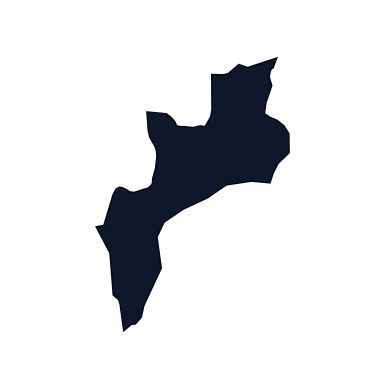 outline of Litija, rotated 286°
{"feature_id": "SVN-961", "entity_name": "Litija", "entity_type": "Municipality", "adm_level": 1, "iso_a3": "SVN", "parent_name": "Slovenia", "parent_adm1": "", "projection": "natural_earth1", "projection_center": [14.944, 46.051], "detail": "fine", "context": "isolated", "style": "filled", "palette": "ink", "viewbox_px": 384, "rotation_deg": 286, "n_neighbors": 0, "source": "natural_earth", "source_scale": "10m", "svg_char_len": 1015}
<svg xmlns="http://www.w3.org/2000/svg" viewBox="0 0 384 384"><g transform="rotate(286 192 192)"><path d="M132.1,109.5L135.6,116.5L167.6,116.9L174.1,118.3L176.7,121.2L176.8,124.3L176.1,128.6L175.0,131.8L175.5,136.3L183.8,148.9L187.3,151.0L189.8,151.6L192.2,150.9L195.1,150.5L204.4,150.5L216.6,148.5L220.0,147.3L223.1,145.7L225.8,143.8L232.8,136.5L238.6,133.2L256.5,126.6L260.1,145.8L258.0,151.2L254.9,156.0L251.4,158.9L251.6,162.7L253.0,168.3L254.2,175.4L257.8,181.6L258.4,186.6L269.3,189.3L276.8,188.5L310.4,178.6L313.1,189.3L315.6,194.1L327.5,201.9L326.9,211.1L344.1,236.5L333.7,235.7L332.2,234.3L329.8,233.9L323.9,234.4L316.3,239.3L297.9,238.4L287.2,240.0L285.2,246.4L284.3,254.2L280.9,262.1L274.8,269.0L256.5,274.5L243.2,266.8L232.7,264.8L222.3,264.4L218.9,246.3L208.3,223.0L191.0,208.8L173.2,188.3L155.4,173.5L139.2,170.7L110.3,183.4L69.6,177.0L57.8,177.7L49.6,174.0L48.2,170.3L39.9,164.6L64.2,153.9L68.2,151.4L71.3,144.7L110.7,130.0L132.1,109.5Z" fill="#0f172a" stroke="#020617" stroke-width="1.5"/></g></svg>